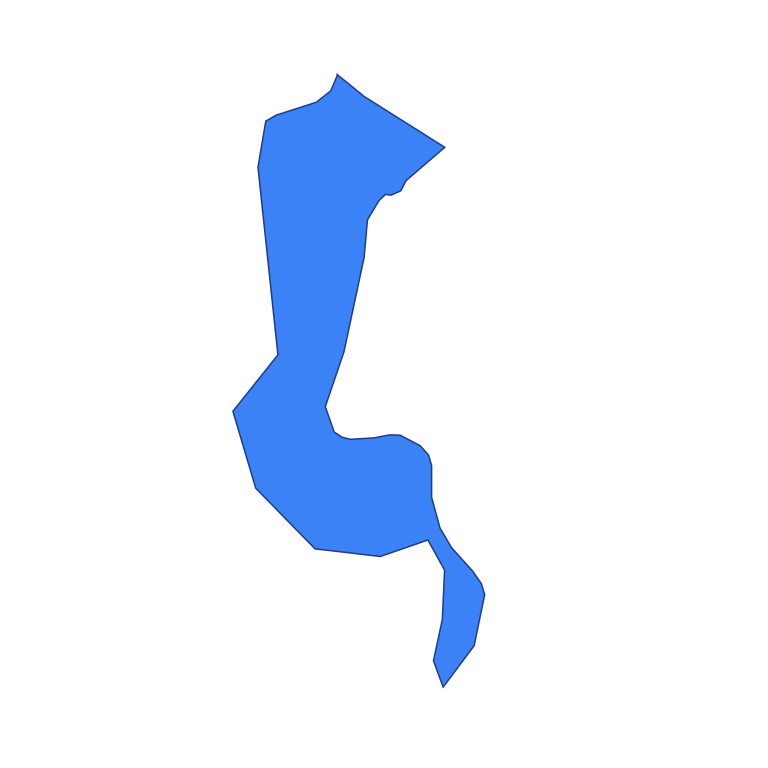 map outline of Kostel (Robinson projection), rotated 63°
{"feature_id": "SVN-245", "entity_name": "Kostel", "entity_type": "Municipality", "adm_level": 1, "iso_a3": "SVN", "parent_name": "Slovenia", "parent_adm1": "", "projection": "robinson", "projection_center": [14.82, 45.528], "detail": "fine", "context": "isolated", "style": "filled", "palette": "blue", "viewbox_px": 768, "rotation_deg": 63, "n_neighbors": 0, "source": "natural_earth", "source_scale": "10m", "svg_char_len": 753}
<svg xmlns="http://www.w3.org/2000/svg" viewBox="0 0 768 768"><g transform="rotate(63 384 384)"><path d="M680.9,468.9L653.1,465.6L620.4,439.0L577.3,414.5L542.9,415.7L536.0,465.6L499.6,520.3L418.6,545.6L339.7,531.0L310.0,465.6L309.8,465.5L309.6,465.1L309.4,465.1L133.7,397.9L96.1,370.0L95.5,357.9L102.2,316.5L98.7,298.4L87.8,285.5L87.1,285.2L119.1,271.0L200.7,222.4L212.8,272.1L219.5,281.2L218.9,292.1L215.7,296.5L218.3,305.2L230.1,324.1L262.1,344.2L337.3,405.2L377.5,446.6L404.2,450.2L412.4,445.5L418.0,439.1L427.5,417.3L431.9,402.1L436.9,392.9L455.4,379.8L467.4,376.6L478.3,378.6L506.5,393.0L537.7,399.5L560.6,398.1L590.8,390.0L606.1,387.9L617.5,390.0L658.1,422.5L680.7,468.4L680.9,468.9Z" fill="#3b82f6" stroke="#1e3a8a" stroke-width="1.5"/></g></svg>